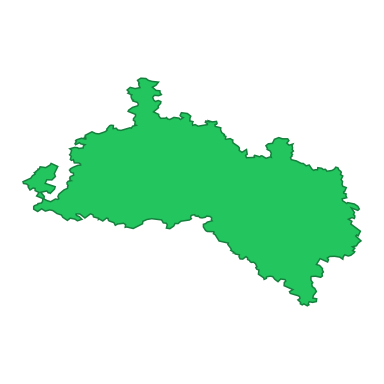 the district of Ballybay-Clones Lea-5, Monaghan, Ireland
{"feature_id": "5873133B63636578816304", "entity_name": "Ballybay-Clones Lea-5", "entity_type": "district", "adm_level": 2, "iso_a3": "IRL", "parent_name": "Ireland", "parent_adm1": "Monaghan", "projection": "equal_earth", "projection_center": [-7.062, 54.133], "detail": "fine", "context": "isolated", "style": "filled", "palette": "green", "viewbox_px": 384, "rotation_deg": 0, "n_neighbors": 0, "source": "geoboundaries", "source_scale": "gbopen_adm2", "svg_char_len": 5972}
<svg xmlns="http://www.w3.org/2000/svg" viewBox="0 0 384 384"><path d="M342.8,176.0L340.5,174.5L341.3,172.4L340.9,171.5L338.6,169.6L338.2,168.1L336.8,167.4L335.6,167.2L334.7,168.8L332.2,170.4L328.6,171.0L326.9,171.2L325.5,169.3L323.1,169.5L321.8,168.3L317.8,167.7L317.5,169.8L315.1,169.7L313.8,170.4L312.1,169.3L309.2,165.0L306.1,165.8L303.3,163.5L301.2,163.4L296.3,160.9L291.3,159.7L290.5,157.5L292.0,156.1L291.7,155.4L292.5,154.5L291.2,152.9L293.4,151.0L292.2,149.4L292.6,147.9L292.0,145.6L292.9,144.0L289.1,145.2L286.8,143.1L288.9,140.7L287.7,138.8L282.5,138.8L278.8,137.6L274.4,139.3L272.5,143.3L268.3,143.8L265.9,145.7L267.3,148.1L267.1,149.4L270.2,151.0L271.3,153.4L270.7,155.3L271.3,157.3L270.1,156.9L266.0,158.3L262.3,156.0L261.1,155.8L259.8,156.8L254.7,155.3L254.1,156.0L254.4,157.4L246.5,157.7L245.6,155.4L247.2,154.3L246.5,149.5L242.0,152.3L239.2,150.4L239.4,148.0L238.4,146.6L233.1,142.9L232.5,140.8L232.9,140.1L230.1,138.6L226.2,139.3L225.3,138.9L225.9,136.4L224.1,135.7L224.4,134.5L221.8,132.7L220.6,129.9L220.8,127.8L215.2,126.4L215.0,124.6L216.5,124.3L217.1,123.3L216.5,121.4L212.4,121.9L208.5,120.8L209.0,121.7L205.8,121.0L205.3,122.3L207.4,123.6L207.4,124.6L198.1,126.2L195.2,124.6L192.7,125.3L192.4,123.2L193.0,121.6L189.8,120.9L190.0,118.0L190.8,116.2L187.4,113.5L181.4,112.7L180.1,115.5L181.2,116.9L183.2,117.6L180.4,119.5L179.0,118.1L173.9,117.4L169.8,119.5L167.6,118.9L166.5,117.5L165.5,118.2L160.6,118.3L158.7,115.8L158.7,114.4L153.5,111.9L158.5,107.7L158.1,106.1L160.6,103.4L160.9,101.6L158.2,100.5L155.4,101.5L153.8,100.2L152.6,97.4L154.4,95.3L158.6,95.7L161.4,94.6L160.1,92.9L159.9,90.8L156.0,90.4L152.4,87.2L155.9,85.3L158.5,82.1L151.9,81.4L148.3,80.3L145.9,78.5L140.8,78.2L137.5,80.3L139.3,83.1L138.7,83.6L138.9,85.2L140.0,87.6L135.1,88.6L130.2,87.4L127.1,90.0L129.1,92.1L127.9,93.2L131.8,94.9L131.1,95.5L131.2,97.5L132.4,100.0L133.3,100.1L133.0,101.0L137.3,102.4L138.0,103.4L138.3,104.7L137.6,105.8L132.5,107.4L128.6,110.2L128.1,111.4L135.5,114.4L135.5,116.3L133.5,118.6L133.4,120.3L135.2,121.4L134.8,124.5L136.2,125.3L132.6,126.2L131.4,128.1L130.0,127.8L121.1,130.4L117.8,130.0L116.2,128.2L113.1,128.6L113.4,125.5L111.0,125.2L109.7,125.7L106.8,129.1L107.0,130.4L104.9,131.8L98.9,133.9L95.6,133.5L92.0,131.8L85.2,135.3L85.5,136.4L84.5,137.2L85.9,138.0L85.7,139.1L81.5,138.2L76.3,139.9L75.6,140.8L76.4,141.3L75.0,143.7L75.6,144.7L79.4,142.7L80.9,143.9L85.0,144.7L83.4,145.9L83.2,147.9L78.5,148.5L77.7,147.7L74.6,147.4L69.8,148.8L71.6,150.2L70.7,153.5L69.6,154.8L71.3,156.3L70.3,159.5L71.5,160.4L73.4,159.7L74.3,162.9L78.7,162.9L80.5,164.0L80.7,165.1L78.0,165.3L73.1,167.3L70.4,168.8L70.5,169.5L69.5,170.1L71.0,172.4L73.4,173.1L73.6,175.2L70.3,176.6L69.7,178.0L70.2,178.2L69.9,179.9L71.2,180.7L68.2,181.2L67.0,182.6L67.1,184.1L68.2,185.7L67.6,186.4L67.6,188.3L64.0,189.9L59.0,194.1L57.9,196.5L58.8,198.7L57.5,199.4L55.4,199.0L50.7,201.7L47.1,200.6L44.0,199.0L44.2,196.3L40.8,192.3L46.8,191.0L48.3,192.9L49.2,192.6L50.2,193.4L54.5,189.1L55.2,186.7L45.2,183.4L46.7,179.8L51.9,179.9L55.4,176.5L54.3,173.6L57.8,166.5L51.1,163.4L50.1,165.0L45.8,167.6L40.1,166.8L39.3,168.9L37.9,169.2L38.1,169.8L35.6,171.7L35.7,172.3L34.3,172.6L35.1,174.1L32.5,175.7L30.8,178.2L23.0,181.7L23.5,183.5L26.6,184.0L28.7,185.8L28.1,186.8L30.0,190.0L33.1,188.0L35.1,188.4L35.1,190.6L39.0,192.5L36.6,196.0L42.9,198.6L42.5,201.5L41.4,203.0L37.9,203.6L37.7,204.5L34.4,205.7L33.7,206.6L33.7,209.2L37.7,211.5L41.6,208.8L45.3,211.1L49.8,209.9L52.9,210.6L56.9,213.5L61.4,215.0L62.8,217.3L67.4,220.4L70.2,218.2L74.9,219.1L77.4,220.8L81.9,219.3L79.2,216.6L76.5,215.5L76.0,214.2L76.8,213.9L79.9,214.0L84.9,218.0L90.5,213.8L93.0,214.9L93.5,216.9L98.4,218.2L98.4,219.3L98.9,218.8L102.8,221.0L106.5,218.1L108.1,218.5L108.2,219.9L109.2,221.0L113.9,222.6L115.3,225.3L117.6,224.0L123.6,223.3L125.6,224.6L125.2,227.3L126.8,227.0L133.2,228.5L142.5,223.8L142.9,221.3L146.9,219.5L151.7,218.7L161.6,219.9L163.3,222.9L166.2,223.2L167.3,224.7L166.4,228.1L169.9,228.7L173.7,226.1L175.0,223.5L178.0,223.6L180.9,221.2L189.4,220.0L191.4,218.7L190.6,217.6L190.9,215.9L192.1,215.1L194.7,214.7L195.2,215.9L197.4,216.4L198.1,215.9L199.9,217.6L202.0,217.9L205.2,217.3L206.7,216.1L210.1,216.5L211.7,217.8L211.4,219.7L212.2,220.8L207.3,222.1L205.6,223.6L203.4,224.3L203.4,227.0L205.6,230.5L207.3,231.5L213.4,231.7L214.1,232.1L213.4,233.7L215.2,234.7L219.1,241.0L228.3,243.1L227.8,244.4L230.9,248.5L231.3,249.6L230.7,250.3L233.6,252.1L233.3,252.9L234.9,253.1L235.2,254.0L239.4,254.8L239.0,256.7L240.1,258.9L242.8,259.1L246.0,256.6L247.6,257.9L247.6,259.5L249.5,260.4L250.1,261.6L251.3,262.4L253.7,262.2L255.5,263.7L256.9,266.8L255.8,267.5L256.0,268.0L256.9,269.3L258.9,270.0L258.4,274.2L263.7,277.8L264.1,279.4L266.4,278.4L266.3,277.3L267.2,276.7L270.1,276.2L272.7,276.6L274.8,279.3L278.0,281.7L280.7,279.0L285.1,279.6L285.8,281.1L284.3,282.4L284.1,285.7L292.9,289.6L289.5,291.7L290.3,293.4L298.4,295.8L299.6,296.7L300.0,298.5L297.9,299.9L300.6,302.4L300.3,303.8L302.2,304.9L303.9,303.9L307.3,305.8L308.9,304.8L308.2,304.1L309.2,301.7L312.5,302.4L316.3,301.6L316.7,298.8L312.8,298.1L313.3,295.6L316.4,291.5L314.8,288.5L312.2,286.5L311.8,283.7L312.8,282.8L311.0,280.2L310.9,277.3L311.3,276.5L315.6,276.2L320.7,277.3L322.4,276.0L322.0,273.5L323.4,272.0L322.3,269.9L322.5,268.6L319.5,265.4L316.4,264.5L320.1,258.6L327.6,262.0L328.5,259.7L327.3,258.0L329.6,256.5L334.7,256.3L339.7,257.1L342.8,259.2L343.1,257.1L344.7,254.8L348.2,256.0L350.8,255.3L354.2,252.6L354.7,251.6L352.6,250.7L354.8,248.2L352.5,246.8L356.4,245.8L358.4,242.8L361.0,240.9L355.7,236.0L356.8,234.9L358.2,235.8L360.4,231.2L350.8,224.0L351.9,221.3L348.4,219.2L352.0,217.6L354.2,218.5L354.8,217.2L354.7,215.6L353.5,214.6L354.4,212.5L351.3,207.9L357.8,210.4L359.3,209.0L357.8,206.3L354.4,204.0L347.7,202.6L346.8,203.5L342.5,200.7L342.2,198.8L346.7,197.7L345.9,195.8L346.1,193.9L343.6,193.2L343.7,191.9L344.6,191.5L346.3,187.6L342.8,186.3L342.0,184.2L342.6,181.6L341.1,179.6L342.8,176.0Z" fill="#22c55e" stroke="#15803d" stroke-width="1.5"/></svg>